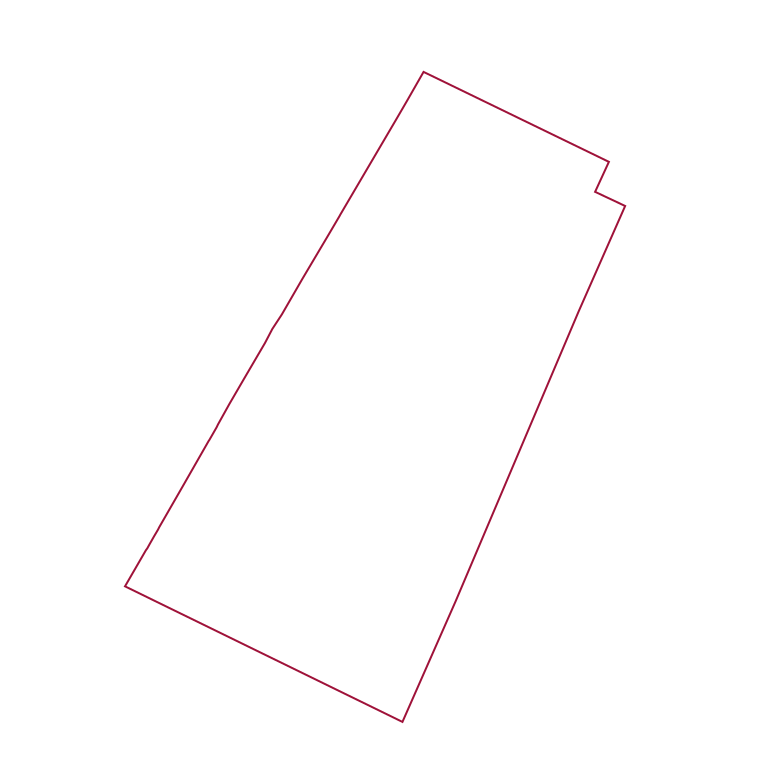 the district of Lamar, Alabama, United States of America, rotated 24°
{"feature_id": "52423323B13336232488859", "entity_name": "Lamar", "entity_type": "district", "adm_level": 2, "iso_a3": "USA", "parent_name": "United States of America", "parent_adm1": "Alabama", "projection": "orthographic", "projection_center": [-88.184, 33.791], "detail": "fine", "context": "isolated", "style": "outline", "palette": "rose", "viewbox_px": 768, "rotation_deg": 24, "n_neighbors": 0, "source": "geoboundaries", "source_scale": "gbopen_adm2", "svg_char_len": 547}
<svg xmlns="http://www.w3.org/2000/svg" viewBox="0 0 768 768"><g transform="rotate(24 384 384)"><path d="M532.3,238.7L531.9,123.3L498.7,122.6L499.1,89.6L293.2,82.8L289.9,115.6L287.6,136.8L275.2,246.9L275.1,248.2L275.1,248.4L272.6,270.5L266.7,320.9L262.4,361.9L259.6,379.1L258.6,394.9L254.0,436.3L250.9,464.9L248.8,488.4L248.7,491.7L247.2,506.3L247.0,507.2L241.7,559.8L236.9,606.3L236.8,608.8L235.9,616.7L235.0,625.8L234.6,630.4L234.1,632.7L229.7,674.2L538.3,685.2L537.8,553.0L532.3,238.7Z" fill="none" stroke="#9f1239" stroke-width="2"/></g></svg>